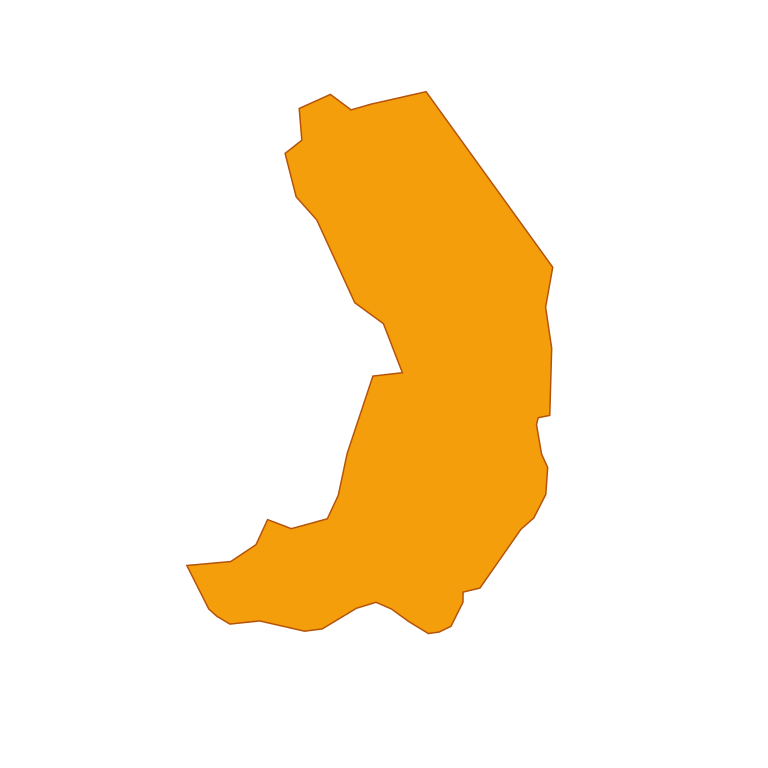 outline of Lubanas, rotated 115°
{"feature_id": "LVA-5790", "entity_name": "Lubanas", "entity_type": "Municipality", "adm_level": 1, "iso_a3": "LVA", "parent_name": "Latvia", "parent_adm1": "", "projection": "albers", "projection_center": [26.781, 56.897], "detail": "fine", "context": "isolated", "style": "filled", "palette": "amber", "viewbox_px": 768, "rotation_deg": 115, "n_neighbors": 0, "source": "natural_earth", "source_scale": "10m", "svg_char_len": 759}
<svg xmlns="http://www.w3.org/2000/svg" viewBox="0 0 768 768"><g transform="rotate(115 384 384)"><path d="M666.7,422.2L665.2,437.2L662.0,447.7L631.8,486.0L609.7,447.9L583.7,432.1L556.1,432.2L554.3,406.9L530.1,378.4L504.2,378.4L462.7,388.0L381.5,397.4L366.0,372.1L329.6,410.0L322.7,444.8L263.7,514.3L251.5,542.7L216.8,571.1L197.8,561.5L170.1,577.3L144.2,555.0L149.5,529.7L135.7,513.9L101.3,469.4L206.9,280.4L246.1,270.0L280.8,247.1L342.4,220.5L349.4,230.0L356.4,228.6L380.9,211.6L390.6,200.3L415.7,190.7L442.0,191.6L457.7,198.5L528.4,210.8L539.2,224.4L548.4,220.2L575.3,220.9L585.5,229.2L591.4,238.3L588.8,261.5L584.8,282.0L585.2,299.0L599.0,314.3L632.1,336.5L641.6,351.5L651.3,396.6L666.7,422.2Z" fill="#f59e0b" stroke="#b45309" stroke-width="1.5"/></g></svg>